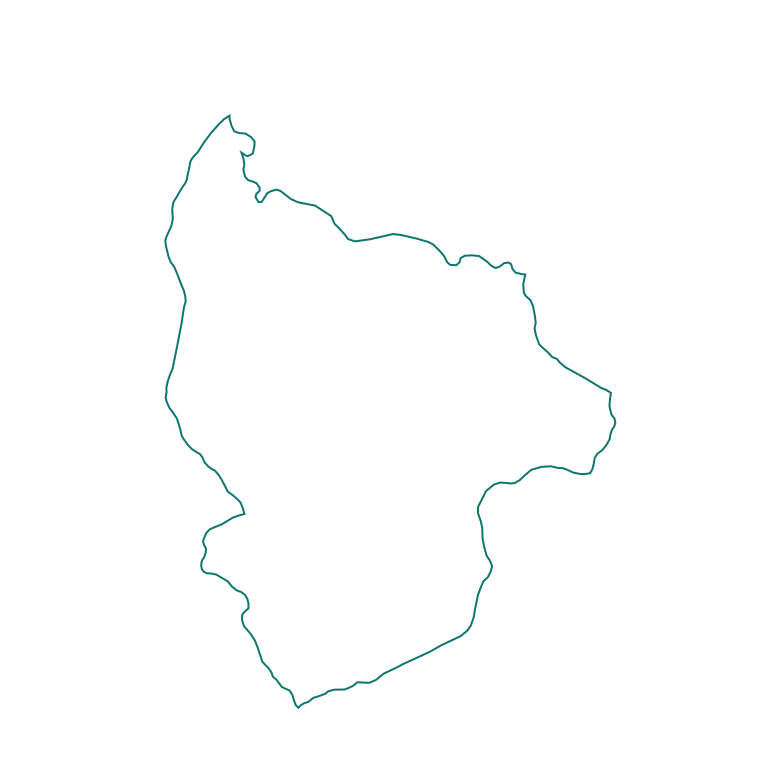 Ogoouè et Lacs, Moyen-Ogooué, Gabon, rotated 257°
{"feature_id": "22940354B45576072672451", "entity_name": "Ogoouè et Lacs", "entity_type": "district", "adm_level": 2, "iso_a3": "GAB", "parent_name": "Gabon", "parent_adm1": "Moyen-Ogooué", "projection": "mercator", "projection_center": [10.178, -0.763], "detail": "fine", "context": "isolated", "style": "outline", "palette": "teal", "viewbox_px": 768, "rotation_deg": 257, "n_neighbors": 0, "source": "geoboundaries", "source_scale": "gbopen_adm2", "svg_char_len": 3603}
<svg xmlns="http://www.w3.org/2000/svg" viewBox="0 0 768 768"><g transform="rotate(257 384 384)"><path d="M182.5,192.9L179.6,193.1L174.1,196.0L169.3,198.3L163.1,200.5L156.5,201.5L147.7,202.4L140.9,203.0L137.0,205.1L133.3,207.5L128.8,209.3L123.5,210.0L120.1,212.7L115.2,214.8L111.6,216.4L108.7,220.2L106.5,223.1L102.0,224.7L95.9,225.1L91.0,225.8L87.8,227.8L89.8,230.8L90.9,234.4L91.3,238.8L94.1,244.6L94.4,249.4L95.4,257.3L97.0,260.2L97.4,266.4L96.9,269.0L95.2,276.7L95.8,281.2L96.8,285.8L99.4,290.9L96.8,300.1L96.2,302.3L97.4,309.5L101.9,318.7L104.5,330.7L106.9,340.0L109.4,352.1L112.7,368.2L116.7,381.5L119.0,392.2L121.1,401.9L124.9,409.7L129.0,414.2L137.0,419.2L142.9,421.5L150.4,424.9L157.7,428.3L164.8,433.1L169.7,436.8L172.3,441.7L177.5,445.9L182.1,448.3L188.0,447.5L193.4,445.4L202.1,445.0L210.9,445.2L221.7,447.4L228.9,447.4L237.1,446.5L243.2,448.1L251.9,455.4L256.7,459.3L261.2,468.2L261.9,474.7L260.1,480.9L258.5,485.2L258.1,489.1L259.9,494.8L263.5,500.9L267.2,508.2L267.9,518.4L266.3,528.0L262.8,535.3L261.9,539.1L258.9,543.7L255.1,548.5L252.2,554.9L251.0,559.6L250.8,564.9L254.4,568.1L258.5,570.1L259.9,570.7L264.7,572.8L268.1,576.2L270.4,581.7L274.5,587.0L279.5,591.5L284.0,593.3L287.8,595.6L291.1,599.0L294.5,600.8L298.5,600.8L302.9,598.8L309.0,598.6L312.2,598.8L319.0,601.0L324.3,603.1L328.4,599.0L331.5,594.5L343.9,581.9L359.6,564.4L365.4,560.1L369.6,558.1L372.5,553.9L377.7,551.0L383.4,546.9L387.7,544.1L397.6,543.0L404.4,543.2L409.1,545.5L417.1,546.4L426.2,546.7L432.4,545.7L437.6,542.1L441.5,540.8L449.9,542.1L458.9,546.3L459.9,543.3L462.9,537.3L466.9,535.1L472.2,534.8L474.4,532.5L474.7,528.2L472.4,523.2L471.9,518.9L474.9,515.2L479.9,512.1L487.2,505.5L489.5,499.1L490.8,491.6L489.5,487.0L485.6,485.0L483.5,481.1L485.2,475.2L488.4,473.0L495.0,471.4L502.0,467.7L508.8,463.4L512.5,459.0L518.8,447.7L525.7,433.3L528.1,426.3L528.1,412.0L528.2,402.4L529.5,387.8L533.4,381.5L537.9,379.7L546.6,374.8L551.2,371.9L559.5,370.3L573.4,356.9L575.9,351.2L577.5,347.6L580.5,341.0L585.1,335.0L590.3,330.7L595.3,326.6L597.6,323.0L597.3,317.1L596.1,313.1L592.9,309.9L588.9,305.7L589.6,302.5L595.3,300.9L598.2,302.6L600.0,306.1L602.8,307.0L608.1,305.1L610.6,301.9L613.1,297.6L617.1,295.3L624.5,295.2L628.8,297.2L635.6,297.8L641.5,297.1L638.2,300.3L636.6,302.4L637.9,307.8L644.3,311.0L649.4,312.5L654.4,310.1L659.2,305.4L661.0,299.4L664.0,294.9L669.8,293.5L677.0,293.2L680.2,293.8L678.1,287.8L673.6,280.6L667.3,271.7L659.6,262.6L651.9,254.9L647.9,248.9L644.6,245.5L637.2,242.3L630.9,239.2L627.8,238.1L624.4,235.5L620.5,231.2L613.9,225.0L609.2,220.4L607.0,218.9L601.2,216.8L592.5,215.4L586.1,212.5L576.1,204.9L572.8,203.1L567.0,202.6L556.6,202.7L550.8,203.6L545.5,205.9L537.3,207.4L525.4,209.0L520.3,210.0L514.2,210.1L509.2,209.4L503.4,206.2L488.2,200.2L468.4,191.4L446.6,181.5L441.5,177.8L435.3,173.9L428.9,171.0L424.9,170.3L420.1,168.2L415.3,168.3L409.1,169.5L403.5,172.0L396.8,174.5L385.5,175.3L378.4,175.3L373.7,177.1L368.4,179.4L363.9,182.1L359.8,186.0L357.5,188.6L353.9,190.4L347.9,191.6L343.3,194.1L339.9,197.0L337.7,199.7L333.0,202.3L327.8,204.1L320.8,206.0L314.1,207.6L310.0,211.4L305.3,214.8L301.1,217.4L296.5,218.3L288.8,218.8L288.6,213.9L287.8,206.7L285.2,198.7L283.8,194.5L282.4,185.6L281.6,181.7L279.1,177.6L274.1,173.9L271.3,172.2L267.5,172.5L263.7,173.6L259.7,172.3L255.4,169.6L253.6,167.5L251.7,166.3L248.2,165.0L244.3,164.9L241.6,166.2L239.4,168.8L238.5,172.3L236.2,177.6L230.0,184.0L227.0,187.3L221.1,190.1L216.0,194.1L213.5,198.0L209.5,201.2L205.5,202.5L200.5,202.6L195.8,201.4L193.6,197.1L191.3,194.1L186.6,192.6L182.5,192.9Z" fill="none" stroke="#0f766e" stroke-width="2"/></g></svg>